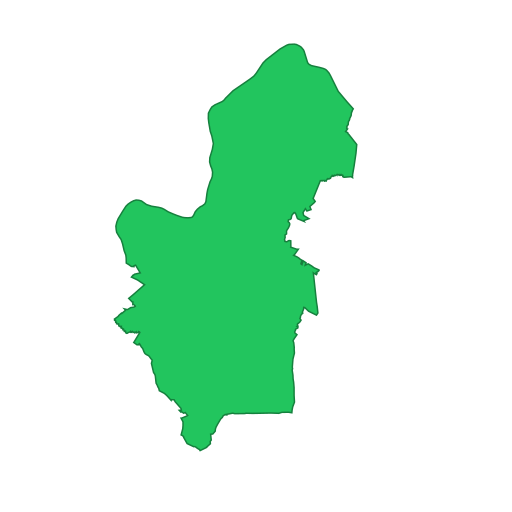 the district of Ūdrīšu pag., Kraslavas, Latvia, rotated 137°
{"feature_id": "27541924B10135077648270", "entity_name": "Ūdrīšu pag.", "entity_type": "district", "adm_level": 2, "iso_a3": "LVA", "parent_name": "Latvia", "parent_adm1": "Kraslavas", "projection": "albers", "projection_center": [27.063, 55.925], "detail": "fine", "context": "isolated", "style": "filled", "palette": "green", "viewbox_px": 512, "rotation_deg": 137, "n_neighbors": 0, "source": "geoboundaries", "source_scale": "gbopen_adm2", "svg_char_len": 6090}
<svg xmlns="http://www.w3.org/2000/svg" viewBox="0 0 512 512"><g transform="rotate(137 256 256)"><path d="M355.7,339.3L354.9,336.4L354.3,333.4L352.5,331.4L351.8,332.1L350.3,331.4L352.2,322.6L357.2,325.5L359.0,325.5L359.0,325.8L361.5,325.5L359.0,319.3L357.1,311.0L372.9,311.5L378.0,311.8L377.9,306.8L377.4,306.4L379.2,304.5L378.6,304.2L378.4,301.9L378.6,301.5L380.2,301.9L382.8,303.7L386.4,304.4L386.9,304.9L388.3,307.0L388.3,305.6L388.8,305.5L388.8,305.3L393.3,305.5L393.3,306.0L397.1,306.1L397.9,305.8L402.5,306.4L402.7,305.4L403.6,306.2L403.4,306.0L403.2,305.0L402.7,304.7L403.0,304.0L403.8,303.2L403.4,302.5L403.8,302.1L403.9,301.6L404.1,301.5L404.0,301.1L403.5,300.5L402.8,300.2L402.7,300.0L403.7,298.9L404.0,298.2L403.6,297.7L403.6,297.4L403.4,297.3L403.6,297.0L403.5,296.6L402.6,296.3L403.7,295.4L403.8,295.1L403.2,294.8L402.8,293.1L403.7,292.9L403.0,291.4L403.6,290.8L402.9,290.4L402.7,289.8L403.4,289.4L403.6,288.2L403.2,287.5L402.8,287.3L401.7,287.1L399.9,286.4L399.0,286.5L399.0,286.4L399.6,286.2L399.7,285.6L399.4,285.4L398.8,285.6L398.6,285.4L398.7,285.1L397.8,285.1L397.8,284.8L398.0,283.9L397.0,283.4L396.8,283.0L397.0,282.4L395.3,282.3L395.8,281.3L394.1,280.3L393.4,280.8L393.0,280.0L393.1,279.3L404.4,276.1L403.6,272.2L403.0,271.7L401.0,271.4L401.1,270.9L401.5,271.3L402.1,271.5L402.2,270.9L401.3,270.5L401.5,269.1L401.9,267.9L401.9,266.3L402.1,265.2L403.1,262.8L403.6,261.2L403.7,260.0L403.4,258.6L402.7,256.8L402.5,255.7L402.9,252.4L402.9,251.0L403.5,250.2L405.7,248.8L410.4,240.6L410.7,238.5L411.4,237.0L415.8,231.1L416.4,228.7L417.0,227.3L417.4,225.5L418.6,223.4L416.7,218.0L416.4,215.0L416.5,208.3L415.9,208.7L413.9,206.7L414.5,204.6L414.8,195.6L415.7,194.2L417.4,195.5L417.4,193.1L416.7,192.9L416.1,190.3L414.5,189.8L414.7,186.0L415.8,186.2L420.9,188.1L421.4,188.5L422.5,184.5L425.1,181.7L427.4,179.6L432.8,176.2L432.2,174.7L432.3,172.9L432.6,172.7L434.3,165.8L431.6,159.0L430.9,158.5L430.6,158.1L430.3,157.1L430.2,156.2L429.7,154.0L429.3,153.2L429.6,151.8L422.7,149.7L422.6,149.9L417.4,149.8L416.0,151.6L414.3,151.9L410.7,156.6L409.0,155.3L405.3,155.7L403.6,157.2L401.9,158.1L398.4,159.3L392.9,160.9L390.7,160.9L389.1,161.5L387.1,161.2L386.2,160.2L386.2,160.7L380.2,156.9L379.1,155.2L371.4,148.2L370.7,148.0L365.7,143.1L352.3,131.1L346.6,125.4L343.7,124.0L338.8,119.6L336.7,116.9L334.8,118.6L332.1,120.6L327.5,122.9L323.2,128.1L317.9,133.8L314.5,138.1L312.7,140.8L310.3,143.6L307.2,148.1L306.2,148.5L305.3,149.9L299.3,155.4L294.1,158.8L291.4,162.1L290.5,162.9L287.5,166.9L286.7,168.8L284.0,169.6L279.7,170.5L280.0,173.2L279.5,174.1L277.7,174.8L277.3,175.3L275.9,175.4L275.6,175.1L274.3,174.9L273.9,175.6L273.4,175.8L273.4,176.2L273.7,176.5L273.0,176.5L272.8,177.4L271.8,178.1L271.7,178.1L271.7,177.9L269.2,177.8L266.9,178.3L266.6,179.1L266.6,180.3L265.1,181.0L264.7,181.5L263.5,182.1L262.2,182.2L261.1,182.6L260.7,182.4L260.4,183.3L257.2,184.8L256.7,185.2L256.7,185.5L256.1,185.9L255.5,185.0L255.2,179.7L252.1,171.5L249.6,172.1L245.8,177.2L243.3,180.9L225.6,204.5L225.5,203.7L225.0,202.7L224.6,201.2L223.4,201.5L223.3,201.9L223.4,202.6L223.3,202.9L222.8,202.8L222.7,202.5L221.9,202.6L221.6,202.4L221.2,202.6L220.5,202.3L219.9,202.7L219.5,202.6L219.4,202.8L221.5,207.6L222.1,210.8L223.2,214.7L226.3,215.7L224.0,216.9L224.8,220.3L228.3,218.3L228.5,219.7L225.3,221.5L225.9,223.7L226.0,225.1L226.6,227.4L228.0,230.8L226.7,230.8L220.4,232.1L221.6,233.2L224.6,238.8L224.2,239.0L220.2,243.4L221.0,244.5L221.7,245.0L223.8,245.4L224.8,246.7L224.9,247.2L224.3,247.7L223.9,248.6L221.9,249.8L221.2,250.8L220.4,251.6L218.6,251.3L216.8,253.3L216.2,253.7L213.0,254.5L210.7,255.5L209.8,256.1L209.3,256.6L208.9,258.0L209.1,258.5L209.1,259.2L207.6,260.3L206.2,259.5L205.2,259.3L204.6,259.5L202.1,261.3L198.7,261.8L198.2,261.5L197.9,261.2L198.3,260.5L198.2,259.6L200.0,255.6L200.1,254.9L200.0,254.5L197.3,248.6L197.2,249.4L191.8,247.2L193.5,253.1L192.0,255.7L187.6,256.9L188.1,254.2L184.1,252.4L182.9,255.5L177.3,255.3L175.5,255.5L175.0,259.1L157.6,267.2L157.5,266.9L157.1,266.7L156.6,266.0L156.2,266.2L155.9,265.8L155.9,265.5L154.7,264.9L154.8,264.2L154.3,264.1L154.4,263.8L154.0,263.7L153.6,263.0L153.1,263.4L152.1,263.4L151.8,263.7L151.4,263.5L150.8,263.6L150.8,263.3L150.3,263.1L150.2,262.5L149.4,262.6L148.6,262.0L147.6,262.6L146.1,262.6L145.3,263.0L145.0,262.6L145.2,262.0L144.8,262.0L144.7,261.4L144.3,261.5L144.0,261.3L143.8,261.6L143.5,261.6L142.8,260.4L141.0,260.4L140.7,259.7L140.9,259.3L140.3,259.4L140.1,259.2L139.8,257.9L139.5,257.8L139.2,258.0L139.2,257.5L139.1,257.3L138.2,257.5L138.2,256.9L137.7,256.3L138.0,256.2L137.8,255.9L138.1,255.3L137.9,255.1L138.2,254.9L137.9,254.7L138.1,254.2L138.0,253.6L132.4,249.2L131.9,247.5L131.1,248.6L130.6,248.8L129.9,249.6L122.9,254.9L112.9,262.9L106.3,268.8L105.2,281.7L105.3,282.4L105.2,282.9L104.8,283.6L105.6,285.9L102.4,286.5L102.7,287.1L102.6,287.6L101.5,288.2L101.2,288.9L99.0,289.2L97.5,290.6L96.6,291.3L95.5,291.5L94.4,292.0L94.0,292.5L90.7,293.8L88.1,296.0L87.4,296.0L86.7,296.6L84.5,297.3L84.3,306.6L83.6,320.3L78.5,337.2L77.8,340.1L77.7,343.2L77.8,344.6L78.1,345.6L79.0,347.5L81.2,351.0L85.6,357.4L86.5,360.0L86.5,361.5L86.1,362.8L81.2,372.9L80.7,374.4L80.5,377.8L80.9,379.7L82.2,383.1L83.5,384.8L87.6,388.3L89.7,389.2L97.2,391.0L114.6,392.6L119.2,392.4L131.2,389.5L134.9,389.0L139.9,389.5L159.9,392.5L170.5,392.2L173.1,391.8L175.4,392.0L182.7,394.5L186.6,395.1L189.4,394.4L193.4,392.9L197.1,389.1L199.6,385.7L204.4,378.4L206.5,373.8L210.5,367.3L215.3,363.7L222.7,359.4L225.8,356.4L227.7,352.8L228.9,349.7L230.6,346.9L233.7,344.0L235.9,342.8L239.0,341.6L246.1,337.5L249.2,335.2L255.6,329.9L257.9,329.0L261.0,329.3L263.2,330.0L267.0,330.2L270.2,329.8L273.6,328.4L275.9,327.9L277.2,328.4L279.7,330.3L282.1,332.8L283.5,334.6L286.2,339.6L288.0,343.4L290.1,348.2L291.3,352.7L292.3,355.3L294.1,358.1L298.4,363.6L301.0,368.3L302.2,374.3L303.6,376.6L305.5,378.7L307.9,379.9L310.8,380.7L314.3,381.2L317.2,381.1L322.4,379.8L331.3,377.3L334.7,375.7L338.1,373.4L340.3,370.6L341.8,368.3L342.9,363.3L343.4,360.0L345.3,355.9L348.8,349.8L350.6,345.4L352.3,343.1L355.7,339.3Z" fill="#22c55e" stroke="#15803d" stroke-width="1.5"/></g></svg>